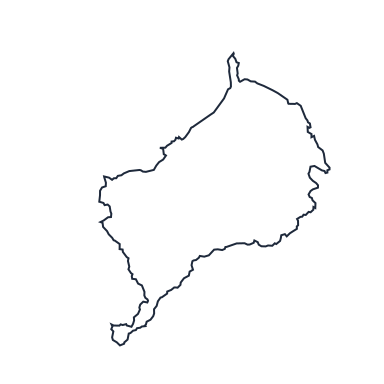 the district of Orocovis, Puerto Rico, rotated 334°
{"feature_id": "32010507B68011232458605", "entity_name": "Orocovis", "entity_type": "district", "adm_level": 2, "iso_a3": "PRI", "parent_name": "Puerto Rico", "parent_adm1": "", "projection": "orthographic", "projection_center": [-66.447, 18.221], "detail": "fine", "context": "isolated", "style": "outline", "palette": "slate", "viewbox_px": 384, "rotation_deg": 334, "n_neighbors": 0, "source": "geoboundaries", "source_scale": "gbopen_adm2", "svg_char_len": 3377}
<svg xmlns="http://www.w3.org/2000/svg" viewBox="0 0 384 384"><g transform="rotate(334 192 192)"><path d="M61.6,275.8L61.5,278.0L59.3,279.9L60.2,282.8L56.5,287.6L56.0,290.3L58.5,294.1L60.0,298.3L64.5,298.6L65.2,297.5L69.4,296.4L73.1,291.5L74.8,291.8L78.2,290.8L81.0,291.5L82.9,290.3L86.0,291.3L87.9,290.9L91.0,292.0L90.8,291.4L92.3,291.1L94.4,288.7L98.7,288.6L102.7,286.6L104.7,284.6L106.5,280.7L110.3,278.9L113.4,275.3L117.4,273.1L118.8,273.4L125.1,272.4L126.1,270.6L130.3,270.9L134.2,270.0L135.9,270.9L137.1,271.7L140.9,270.4L142.2,268.4L147.0,266.0L152.5,265.8L155.0,262.5L158.8,262.3L159.5,257.6L162.0,254.4L163.3,254.2L165.8,254.9L169.3,254.1L171.0,252.9L174.7,255.5L179.4,256.3L186.6,253.5L190.0,254.8L193.7,257.4L196.5,257.5L197.9,256.1L198.9,256.5L209.6,257.8L216.8,261.1L218.8,263.6L220.8,264.5L225.2,264.7L226.8,262.9L229.1,265.9L228.9,268.6L230.6,271.2L234.4,273.2L236.9,273.4L240.6,275.5L243.9,274.4L244.9,275.7L249.7,274.6L251.6,272.4L253.3,270.0L257.0,270.6L257.7,273.4L261.9,272.0L265.2,271.6L270.1,271.1L271.1,268.9L272.8,268.4L274.7,264.3L274.6,262.3L278.6,261.9L280.3,262.5L282.3,261.3L284.2,262.5L288.1,261.0L289.7,262.2L293.3,261.1L294.6,258.7L295.8,260.4L298.1,256.1L296.7,252.3L297.1,249.9L295.6,248.1L295.7,245.3L299.0,243.1L301.8,242.6L307.1,243.3L308.2,241.2L307.5,238.4L305.5,234.9L304.2,230.8L304.7,226.6L306.4,225.4L309.6,221.2L313.5,222.3L318.3,229.6L320.3,231.2L320.3,233.5L322.2,233.9L323.2,231.8L325.5,232.0L326.3,230.4L324.5,224.2L327.3,215.3L327.6,211.9L325.1,206.9L325.6,204.2L325.4,199.0L326.3,195.1L323.4,195.1L324.8,192.3L322.4,188.8L324.4,184.1L325.6,185.8L326.9,185.8L328.0,182.1L326.8,180.2L327.1,178.3L326.5,175.5L327.5,162.2L325.2,158.1L323.2,158.0L318.7,155.7L317.5,155.1L317.3,154.7L318.2,150.9L312.4,140.6L309.0,135.8L303.0,128.1L298.3,123.0L297.0,120.4L293.3,118.3L291.2,115.2L288.7,113.7L283.5,114.0L282.9,112.5L283.5,111.1L283.7,106.9L285.0,105.5L286.8,100.2L288.9,98.8L290.6,96.6L288.9,94.9L289.3,91.2L288.4,87.6L290.1,86.1L290.2,85.4L283.2,88.6L281.5,90.1L280.3,96.4L278.2,100.0L275.0,110.4L273.2,114.3L271.9,115.4L269.4,115.5L262.8,121.1L261.9,121.9L246.4,130.1L242.5,130.6L222.4,133.7L221.5,133.9L220.2,133.8L219.2,134.0L215.5,136.8L210.0,139.7L207.3,140.5L205.8,140.4L204.4,136.9L203.4,138.0L201.4,136.2L200.0,137.8L198.0,138.5L195.8,137.7L195.1,139.0L189.8,139.5L187.5,140.5L182.5,138.2L185.0,140.5L183.2,145.7L184.1,146.9L184.6,147.8L180.3,150.2L175.5,150.7L171.5,152.6L167.4,155.4L159.4,153.7L156.8,152.1L155.6,150.1L154.5,149.2L144.8,145.7L138.9,145.4L135.9,146.0L132.4,145.0L130.0,146.4L127.8,145.4L125.5,146.0L123.7,142.7L119.8,139.5L119.6,140.3L118.7,145.9L117.0,149.0L113.1,148.5L109.9,150.6L107.9,154.6L104.4,160.1L107.6,163.0L107.7,165.5L110.7,166.3L111.7,168.9L110.2,173.8L110.0,176.1L108.2,179.0L105.5,177.9L100.0,178.9L96.6,178.9L98.1,180.5L96.8,184.4L98.5,189.9L98.6,193.5L100.2,198.2L100.4,201.0L101.3,201.8L104.2,207.1L101.9,211.6L104.4,213.3L103.6,215.6L104.8,221.9L105.9,223.7L104.2,225.9L102.9,231.6L101.0,233.6L101.6,238.1L102.5,239.8L101.0,241.2L100.2,243.8L103.3,245.8L103.4,250.7L106.0,254.0L105.5,260.9L103.8,264.1L103.7,266.7L104.9,269.0L104.8,270.5L103.4,271.7L100.1,269.2L96.1,270.5L94.0,272.8L93.7,274.8L90.0,277.9L84.8,279.2L83.7,282.0L81.3,284.6L78.5,286.6L74.9,283.4L74.9,281.9L71.4,281.2L69.8,279.7L68.2,280.3L63.1,277.7L61.6,275.8Z" fill="none" stroke="#1e293b" stroke-width="2"/></g></svg>